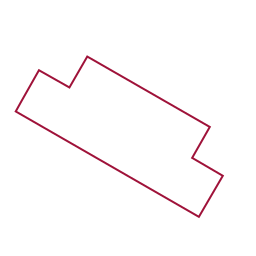 the district of Red Lake, Minnesota, United States of America, rotated 210°
{"feature_id": "52423323B54609043510848", "entity_name": "Red Lake", "entity_type": "district", "adm_level": 2, "iso_a3": "USA", "parent_name": "United States of America", "parent_adm1": "Minnesota", "projection": "albers", "projection_center": [-96.095, 47.862], "detail": "fine", "context": "isolated", "style": "outline", "palette": "rose", "viewbox_px": 256, "rotation_deg": 210, "n_neighbors": 0, "source": "geoboundaries", "source_scale": "gbopen_adm2", "svg_char_len": 277}
<svg xmlns="http://www.w3.org/2000/svg" viewBox="0 0 256 256"><g transform="rotate(210 128 128)"><path d="M22.2,86.5L22.0,134.0L57.5,134.2L57.7,169.8L199.0,169.5L199.0,133.8L234.0,133.5L233.7,97.9L233.5,86.2L22.2,86.5Z" fill="none" stroke="#9f1239" stroke-width="2"/></g></svg>